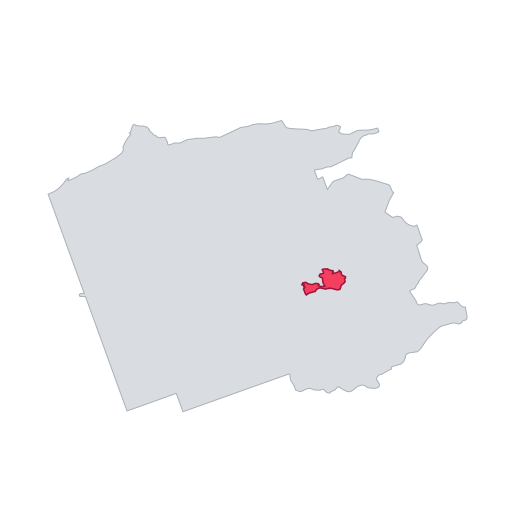 Wad Bandah, North Kordufan, Sudan (highlighted), rotated 250°
{"feature_id": "16777658B16794991274557", "entity_name": "Wad Bandah", "entity_type": "district", "adm_level": 2, "iso_a3": "SDN", "parent_name": "Sudan", "parent_adm1": "North Kordufan", "projection": "equal_earth", "projection_center": [27.688, 13.304], "detail": "fine", "context": "in_parent", "style": "filled", "palette": "rose", "viewbox_px": 512, "rotation_deg": 250, "n_neighbors": 0, "source": "geoboundaries", "source_scale": "gbopen_adm2", "svg_char_len": 6225}
<svg xmlns="http://www.w3.org/2000/svg" viewBox="0 0 512 512"><g transform="rotate(250 256 256)"><path d="M334.6,414.1L330.9,414.1L330.5,412.9L330.5,409.7L330.9,407.2L332.3,403.4L331.9,401.2L332.1,398.2L331.1,394.8L322.1,384.9L320.3,382.1L315.5,379.6L316.3,376.8L314.2,356.6L315.2,354.2L315.4,350.7L315.4,347.6L316.5,342.4L316.6,340.2L307.1,340.1L307.0,342.3L307.5,344.8L307.5,345.8L294.2,345.8L299.6,353.8L299.8,357.3L299.6,361.6L299.6,364.4L300.0,366.2L301.4,369.8L301.3,370.4L301.0,371.3L291.7,381.9L290.1,386.8L288.9,389.4L286.2,393.7L277.6,405.0L276.2,405.8L269.7,406.2L269.1,406.5L268.5,407.0L268.3,406.9L262.6,400.2L253.2,392.2L247.0,396.4L245.3,397.9L245.3,401.8L244.3,403.7L242.7,405.9L238.1,407.2L235.7,408.4L232.8,410.6L230.0,414.2L229.8,416.1L230.1,417.8L214.2,417.7L213.2,416.4L210.9,410.4L209.3,410.7L194.8,410.0L192.7,410.7L188.6,413.1L186.5,413.5L184.3,412.4L176.7,400.6L175.1,399.2L173.4,396.3L171.8,395.1L171.2,394.2L171.0,393.0L171.1,390.4L170.6,388.7L169.4,388.4L159.1,391.1L157.7,390.8L155.5,391.3L154.8,391.8L153.9,393.3L153.7,396.6L153.5,398.2L152.7,400.0L149.8,404.0L149.1,405.7L149.2,410.1L149.0,412.4L148.6,413.4L147.3,415.1L146.8,416.1L146.3,421.7L144.7,425.1L144.3,426.4L144.2,428.8L144.0,429.6L139.3,431.5L137.6,432.8L136.5,434.7L136.3,435.5L134.3,434.8L131.8,434.4L126.9,433.7L125.0,432.8L124.1,431.5L124.4,428.1L123.9,427.3L123.1,426.7L122.6,425.2L122.7,423.5L125.3,419.5L125.8,417.4L126.6,407.4L126.4,404.4L124.4,398.8L119.8,389.2L118.7,387.4L112.9,379.5L112.2,378.3L110.8,375.0L112.4,367.7L112.5,365.7L112.2,363.6L110.7,362.0L109.4,361.8L107.7,359.9L106.6,359.0L105.6,357.3L104.9,354.9L105.5,346.3L105.1,345.1L103.7,344.8L103.3,344.2L103.4,342.6L102.6,337.7L101.8,333.6L102.3,331.4L101.0,328.4L98.7,327.0L94.1,328.1L92.6,327.9L91.6,327.3L90.9,326.2L90.6,324.9L90.9,322.9L92.3,319.3L93.9,316.3L97.3,313.5L98.2,312.1L98.7,310.5L98.8,308.6L98.6,306.7L98.2,304.9L97.3,302.6L96.4,299.8L96.4,297.9L96.8,296.6L97.8,295.0L101.1,291.8L104.5,289.2L105.0,288.3L104.8,287.2L103.3,285.0L102.9,280.8L102.0,277.9L103.7,275.7L105.0,275.0L107.0,274.3L107.8,273.4L108.0,271.6L108.0,269.9L108.7,268.7L109.7,266.0L110.4,264.8L113.0,261.7L113.6,259.7L113.8,257.7L113.2,251.8L114.7,249.4L116.6,247.3L119.3,247.5L123.5,247.0L126.4,246.2L128.5,246.2L133.2,247.3L133.7,246.8L133.9,245.3L134.7,134.1L153.9,134.1L154.2,133.9L154.5,81.8L275.3,81.9L276.3,81.7L278.2,76.8L279.0,76.5L280.2,76.7L280.7,77.9L279.7,81.8L385.2,81.8L385.5,87.7L386.5,92.5L389.6,99.3L392.2,102.9L393.2,105.0L393.3,105.9L393.2,106.8L392.4,105.8L391.1,105.1L391.0,108.3L391.7,114.8L392.9,119.4L392.2,123.6L392.5,130.8L394.0,139.4L393.9,144.9L396.3,157.8L398.6,164.9L399.9,166.7L401.2,167.6L403.8,168.2L407.6,171.9L410.7,175.7L411.8,177.7L413.3,180.0L414.2,179.6L414.8,179.0L415.9,180.8L420.7,184.6L421.4,186.4L419.7,188.1L417.8,191.2L416.9,194.0L416.4,194.9L414.9,196.6L414.6,197.5L414.0,198.0L413.2,198.1L411.6,199.0L410.2,198.7L408.7,199.3L408.2,199.9L407.0,200.5L405.4,200.8L403.0,203.2L400.9,204.4L400.2,205.3L399.1,210.1L398.3,211.3L395.2,211.4L393.6,211.8L391.5,211.3L390.4,211.4L390.2,212.4L389.9,216.5L390.0,218.2L388.2,222.9L388.9,231.6L387.3,238.1L387.1,239.6L385.4,244.8L384.5,246.7L382.4,256.4L381.6,259.3L379.8,262.5L382.0,285.8L380.5,292.9L380.6,296.8L379.6,302.6L378.8,305.2L377.4,308.5L376.2,312.0L375.2,316.8L374.6,325.8L374.3,326.6L368.6,327.7L366.8,328.3L365.6,329.3L364.2,331.7L361.3,338.0L359.8,341.9L357.5,347.2L354.7,350.9L354.2,352.8L353.8,356.2L352.8,361.6L351.9,365.4L352.1,368.5L351.2,373.8L351.4,376.4L350.4,377.9L349.1,379.3L348.2,379.6L344.2,376.0L341.4,378.5L339.7,382.0L338.4,385.5L339.2,392.9L339.2,394.5L338.8,396.3L336.2,403.6L335.4,406.9L334.7,412.7L334.6,414.1Z" fill="#d9dde1" stroke="#a8b0b8" stroke-width="1"/><path d="M202.9,293.1L202.9,293.7L202.9,293.8L202.8,295.5L202.8,295.8L202.7,296.2L202.7,297.3L202.7,297.6L202.6,297.8L202.6,298.1L202.4,299.4L202.4,299.5L203.1,300.3L203.3,300.5L203.6,301.3L203.7,301.5L203.8,301.6L203.9,301.9L204.0,301.9L204.0,302.0L204.2,302.4L204.2,302.9L204.2,303.0L204.2,303.5L204.2,303.8L204.2,304.2L204.2,304.7L204.0,305.2L203.9,305.6L203.7,306.1L203.4,306.5L203.0,307.1L202.3,308.2L202.1,308.5L201.6,309.3L201.3,309.7L201.2,309.9L201.0,310.1L201.0,310.5L201.0,311.0L201.0,312.0L200.9,312.5L200.9,313.0L200.7,313.2L200.7,313.3L200.4,313.5L200.3,313.8L200.3,314.0L200.4,314.4L200.4,314.5L200.5,314.6L200.3,315.0L200.2,315.1L200.1,315.3L199.8,315.7L199.1,316.8L198.9,317.1L198.3,318.0L198.2,318.1L197.8,318.6L197.2,319.6L197.0,319.8L196.6,320.5L196.4,321.0L196.1,321.7L196.1,322.5L196.0,323.2L196.0,323.5L196.3,323.8L197.6,324.9L199.3,326.0L199.8,327.6L200.4,329.3L201.4,331.0L201.7,331.0L202.4,331.1L203.2,331.2L203.9,331.2L204.5,332.1L204.8,332.6L205.6,332.7L206.0,333.0L208.3,330.5L210.0,330.0L211.6,330.6L213.9,329.2L213.0,328.6L212.9,327.4L212.9,323.8L213.3,321.8L214.0,322.3L214.1,322.9L214.5,323.2L215.0,322.8L215.8,323.3L217.0,321.2L218.6,319.1L219.3,319.1L220.4,315.9L220.7,314.5L220.6,313.6L217.6,313.8L216.7,313.5L216.8,311.5L217.2,310.3L216.4,309.3L215.7,308.5L215.0,308.6L213.9,309.5L212.5,311.0L210.8,310.4L208.0,309.8L204.4,310.3L204.0,310.3L204.7,308.0L205.9,305.1L206.9,304.4L207.4,304.8L207.6,305.5L208.4,305.2L208.8,304.7L209.4,303.8L209.8,302.7L210.0,300.7L209.8,299.2L211.8,295.7L213.8,294.2L214.5,293.2L214.3,293.0L214.3,292.6L214.2,292.1L214.3,292.0L214.3,291.9L214.5,291.6L214.6,291.4L214.6,291.2L214.7,291.3L214.8,291.2L214.8,290.9L214.7,290.8L214.6,290.7L214.2,290.2L213.8,289.8L213.7,289.7L213.5,289.4L213.3,289.3L213.0,289.4L213.0,289.5L212.9,289.8L213.0,290.0L213.1,290.4L213.1,290.5L213.0,291.1L212.5,291.2L212.4,291.2L211.6,291.1L211.4,290.9L211.2,290.7L211.3,290.7L211.5,290.8L211.5,290.7L211.4,290.4L210.5,290.4L210.5,290.5L210.7,290.8L210.8,290.9L210.8,291.0L210.7,291.0L210.7,290.9L210.5,290.7L210.3,290.8L210.0,291.0L209.7,291.1L209.5,290.6L209.1,290.0L209.0,289.9L208.7,289.5L208.7,289.4L208.3,289.4L207.5,289.4L206.6,289.4L206.4,289.4L206.1,289.4L205.8,289.4L205.7,289.4L205.4,289.4L204.5,289.5L204.4,289.5L204.1,289.5L203.5,289.5L203.4,289.5L203.2,289.5L202.9,290.1L202.5,290.0L202.4,290.0L202.2,290.0L202.3,290.4L202.3,290.5L202.7,292.0L202.8,292.5L202.9,293.1L202.9,293.1Z" fill="#f43f5e" stroke="#9f1239" stroke-width="1.5"/></g></svg>